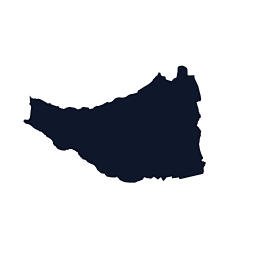 Zipacón, Cundinamarca, Colombia (orthographic projection), rotated 57°
{"feature_id": "7082276B87825426201074", "entity_name": "Zipacón", "entity_type": "district", "adm_level": 2, "iso_a3": "COL", "parent_name": "Colombia", "parent_adm1": "Cundinamarca", "projection": "orthographic", "projection_center": [-74.398, 4.753], "detail": "fine", "context": "isolated", "style": "filled", "palette": "ink", "viewbox_px": 256, "rotation_deg": 57, "n_neighbors": 0, "source": "geoboundaries", "source_scale": "gbopen_adm2", "svg_char_len": 5763}
<svg xmlns="http://www.w3.org/2000/svg" viewBox="0 0 256 256"><g transform="rotate(57 128 128)"><path d="M113.9,187.1L114.5,185.6L114.8,185.4L115.9,185.4L116.2,185.1L116.4,184.7L117.5,184.1L118.2,184.0L118.4,183.3L119.7,183.4L119.9,182.7L120.4,182.5L121.0,182.5L121.8,182.9L123.2,183.3L123.6,183.3L125.0,182.9L125.5,182.9L126.3,183.0L127.1,182.5L128.6,182.4L129.2,182.3L129.6,181.9L130.5,181.0L131.3,180.5L131.4,180.3L131.7,180.1L132.4,180.1L133.1,179.9L134.1,179.9L134.7,179.4L135.0,179.2L135.6,179.2L137.4,177.9L138.2,177.5L139.0,176.7L140.6,176.0L141.1,175.8L143.6,175.6L144.5,175.6L145.4,175.8L146.5,175.8L150.8,174.6L151.3,174.0L151.9,173.5L153.0,172.1L153.5,171.8L154.1,171.7L154.7,171.9L155.3,171.8L156.7,171.5L157.3,171.2L157.5,170.7L159.2,169.0L160.8,167.0L161.0,166.4L161.4,166.0L162.0,165.0L162.1,163.4L162.3,162.9L162.6,162.8L162.9,162.8L163.6,163.0L165.4,162.4L166.1,162.6L166.8,162.5L167.7,162.0L169.8,160.7L171.4,159.3L174.3,155.7L175.4,153.8L176.2,152.8L176.8,151.8L177.1,150.7L177.2,149.2L177.8,147.3L178.4,144.2L178.4,143.6L178.3,143.3L178.0,142.9L177.6,142.7L177.5,142.1L177.5,141.3L177.8,140.4L178.2,139.8L178.7,139.5L179.1,139.4L179.7,139.1L180.2,138.5L180.6,137.5L181.3,137.1L181.6,136.7L182.0,136.4L182.3,136.0L182.4,135.1L182.2,134.5L182.2,133.7L181.8,132.5L186.7,130.5L186.4,127.6L186.5,126.7L186.7,126.4L187.5,126.3L189.9,126.6L190.9,126.6L190.4,124.6L189.5,122.5L189.8,122.0L192.3,116.2L193.9,117.4L194.2,116.4L194.8,115.3L195.1,115.1L196.4,111.7L196.4,111.2L197.1,111.6L198.1,111.8L198.6,111.7L206.4,90.3L206.3,89.8L205.0,88.4L203.9,88.0L203.2,87.5L202.3,87.1L201.8,86.7L201.4,85.9L200.7,84.4L199.7,83.1L199.3,82.5L199.0,82.5L198.6,83.2L198.1,83.5L197.7,83.3L197.6,83.5L196.6,84.9L196.1,84.7L195.0,84.7L194.5,84.4L194.1,83.9L193.9,83.0L193.9,82.4L193.6,82.0L193.3,81.8L192.4,81.9L191.0,81.5L189.9,81.5L184.9,80.1L180.9,78.3L179.8,78.0L179.4,77.6L178.8,76.8L174.6,73.3L174.0,72.2L173.5,71.5L172.4,71.1L171.8,70.6L170.3,69.2L169.6,69.0L167.7,69.3L166.8,69.0L166.1,69.1L165.8,69.3L164.8,69.4L163.9,69.8L163.7,69.8L163.0,69.6L162.5,69.1L162.1,68.4L161.7,67.8L159.9,66.0L159.7,65.1L159.4,64.5L158.8,63.8L158.0,62.7L158.1,61.7L158.0,61.4L157.0,61.1L156.3,60.7L155.9,60.7L155.6,60.8L155.3,61.0L154.9,61.3L154.4,61.3L154.1,60.7L153.9,60.5L152.4,60.5L151.5,59.7L151.0,59.6L148.1,58.5L147.6,58.5L146.6,58.3L146.3,58.2L145.2,57.6L144.2,57.6L143.7,57.4L143.2,56.9L143.1,56.6L143.2,55.5L143.1,54.2L143.3,53.8L143.8,53.3L144.0,52.9L144.0,52.4L143.9,52.2L143.3,52.1L143.3,51.7L142.8,51.3L139.3,49.8L137.5,49.3L131.2,47.1L130.5,46.9L129.4,46.9L128.5,46.6L128.1,46.6L127.1,46.4L122.8,45.9L120.8,45.1L120.2,44.6L117.4,49.2L116.8,49.8L116.5,50.2L116.0,50.1L112.8,48.0L110.5,46.8L109.8,46.8L108.6,47.1L106.7,48.2L105.9,49.0L105.5,49.5L105.4,50.2L104.9,50.8L104.6,51.8L104.7,52.5L105.0,53.0L105.8,53.6L107.7,54.8L108.4,55.3L109.9,56.9L111.4,58.1L112.9,59.8L112.9,60.4L112.3,61.6L112.3,62.4L112.5,63.8L113.0,64.6L113.1,65.9L112.8,66.7L112.0,67.3L111.5,68.0L110.6,68.5L109.6,69.5L108.5,70.2L107.1,70.3L106.7,70.2L106.1,69.7L105.6,69.6L105.1,69.7L104.9,70.0L104.4,70.8L103.4,71.7L103.3,71.9L101.5,72.3L101.0,72.2L99.8,71.7L99.4,71.7L99.0,72.1L99.1,72.4L99.6,72.9L100.8,75.0L100.6,76.0L100.8,77.3L101.2,77.8L101.5,80.1L102.3,81.1L102.9,83.7L103.2,86.8L103.0,91.8L103.0,93.1L102.8,98.6L102.9,99.3L103.8,100.0L104.0,100.2L104.1,100.8L103.7,102.6L102.8,105.4L102.5,106.3L101.8,107.6L101.5,108.8L101.4,109.7L101.5,112.9L101.4,113.7L100.6,115.7L99.3,117.7L97.8,119.5L97.7,120.3L97.1,121.4L97.0,123.3L97.3,123.9L97.4,124.7L97.7,125.3L97.8,126.1L97.7,128.0L97.1,130.1L96.7,130.6L95.4,131.7L95.4,132.5L95.8,133.3L95.2,134.3L95.3,136.7L94.8,138.1L94.4,140.5L94.1,141.1L93.9,141.7L93.0,142.7L92.8,144.9L92.9,145.4L93.3,146.4L93.3,147.0L92.5,148.7L92.1,150.4L91.7,150.8L91.4,150.9L91.0,150.9L90.1,150.6L89.8,150.7L89.5,150.9L88.9,151.9L87.8,153.0L87.1,154.0L86.8,154.2L86.4,155.3L86.4,155.6L86.9,156.4L86.8,157.4L86.3,158.4L86.3,158.9L85.7,160.5L85.0,161.0L84.1,161.4L82.3,162.4L80.4,164.7L79.6,165.2L79.4,165.8L78.9,166.4L78.4,168.0L78.2,168.7L78.0,171.3L77.8,172.0L77.2,172.5L76.3,173.0L75.9,173.8L75.5,174.1L74.6,174.6L73.7,175.2L73.5,175.3L72.6,175.2L72.0,175.3L71.8,175.6L71.7,176.3L71.6,176.6L70.0,177.6L68.6,178.8L66.1,180.6L65.8,180.3L65.1,181.0L65.0,180.9L64.5,182.3L63.7,183.1L63.1,182.9L62.2,183.5L60.0,184.5L58.1,185.7L57.3,186.0L56.1,186.8L55.7,187.4L55.2,187.6L55.1,187.8L55.4,188.4L55.3,188.7L54.0,189.5L53.1,190.4L53.0,190.9L52.7,191.6L51.4,192.5L51.1,192.8L51.0,193.2L49.6,193.3L51.1,194.2L51.8,194.6L52.4,194.8L53.7,195.5L54.1,196.1L54.2,196.6L54.5,197.0L55.3,196.7L56.4,196.6L57.0,196.9L57.6,196.9L58.0,197.1L60.6,199.3L66.9,204.4L66.8,204.5L67.1,204.7L67.0,205.0L67.3,205.9L67.2,206.1L67.8,207.3L68.1,207.5L66.8,208.4L66.0,209.6L65.6,209.9L65.4,210.1L65.4,210.4L65.5,210.9L65.7,211.2L66.0,211.4L66.7,211.1L67.8,211.0L68.5,210.2L68.9,210.1L69.3,209.8L69.3,209.3L69.5,208.9L70.4,208.7L70.9,208.1L71.7,208.0L71.8,207.7L72.0,206.9L72.1,206.6L72.8,207.0L73.0,206.9L73.0,207.3L73.3,207.2L73.3,206.9L74.1,206.9L75.8,206.6L78.6,205.3L80.4,204.2L80.5,203.9L81.1,203.7L82.2,203.4L82.6,203.1L83.3,202.1L84.0,201.9L84.0,201.7L84.6,201.7L85.8,201.3L87.9,201.0L89.0,200.1L90.4,200.3L90.9,200.2L91.2,200.1L91.5,199.8L92.5,199.2L94.8,198.2L96.3,197.8L96.9,197.7L98.1,197.8L98.4,197.7L99.5,198.0L100.5,198.8L100.9,198.8L101.1,198.5L101.3,198.4L101.6,198.4L102.3,198.7L102.6,198.6L103.6,197.9L103.8,197.6L104.1,197.5L104.6,197.8L104.8,197.8L105.2,197.4L105.4,197.4L105.7,197.9L106.0,197.9L107.4,197.4L107.6,197.2L107.6,196.7L107.8,196.5L108.5,196.6L109.1,196.0L109.9,195.5L110.4,195.0L111.2,193.7L112.1,192.5L112.1,192.3L111.8,191.8L111.9,191.0L112.8,190.2L112.9,189.7L113.0,187.8L113.2,187.5L113.9,187.1Z" fill="#0f172a" stroke="#020617" stroke-width="1.5"/></g></svg>